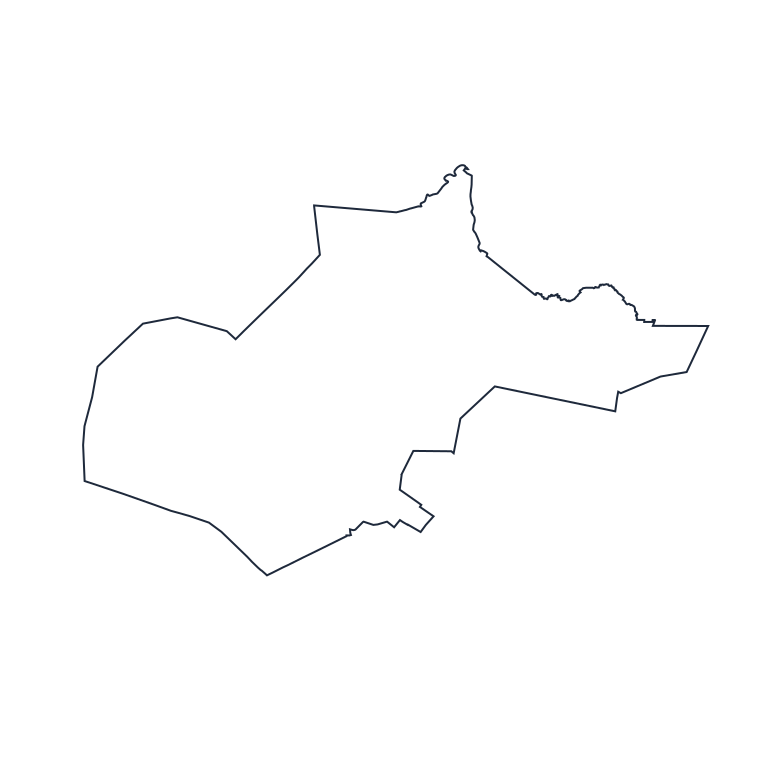 outline of Hellendoorn, Overijssel, Netherlands, rotated 29°
{"feature_id": "6326949B74345201863020", "entity_name": "Hellendoorn", "entity_type": "district", "adm_level": 2, "iso_a3": "NLD", "parent_name": "Netherlands", "parent_adm1": "Overijssel", "projection": "mercator", "projection_center": [6.481, 52.39], "detail": "fine", "context": "isolated", "style": "outline", "palette": "slate", "viewbox_px": 768, "rotation_deg": 29, "n_neighbors": 0, "source": "geoboundaries", "source_scale": "gbopen_adm2", "svg_char_len": 6021}
<svg xmlns="http://www.w3.org/2000/svg" viewBox="0 0 768 768"><g transform="rotate(29 384 384)"><path d="M169.2,614.0L208.6,606.6L241.7,601.0L259.2,598.2L267.4,596.2L278.2,593.7L298.1,590.1L313.4,592.1L348.4,601.5L354.6,603.5L362.8,605.7L366.4,606.5L367.4,606.5L372.0,607.5L374.4,608.1L378.0,603.0L384.6,593.3L387.6,589.2L397.0,575.5L408.4,559.2L425.0,535.2L424.6,534.6L426.3,533.7L427.1,533.3L428.3,532.1L427.2,531.1L426.3,530.0L425.7,529.1L424.7,527.6L427.2,527.0L428.0,526.7L428.8,526.1L429.6,525.2L432.5,514.9L432.9,514.3L443.0,512.4L446.5,509.9L453.2,503.1L453.5,502.9L462.3,504.4L463.9,495.3L467.5,495.6L473.1,495.7L473.1,495.4L487.8,495.7L488.9,487.0L491.5,475.7L475.0,474.1L475.2,471.6L453.9,469.3L449.0,468.8L443.4,454.7L443.2,454.7L442.1,428.3L475.5,410.2L478.5,410.8L467.6,377.2L482.1,332.4L599.5,295.8L594.6,283.2L592.6,277.2L595.6,277.2L622.0,243.7L622.5,243.2L642.9,226.8L641.4,203.6L639.4,176.1L591.0,202.8L590.1,196.8L589.9,196.7L587.9,197.8L588.0,198.1L588.3,198.5L588.8,199.5L581.5,203.6L581.1,202.8L580.6,201.8L574.8,205.0L574.6,204.8L573.9,205.2L573.5,204.7L573.3,204.1L573.0,203.4L572.7,202.9L571.2,202.1L571.1,201.9L571.0,201.5L571.0,201.0L571.1,200.8L571.8,200.8L571.8,200.7L571.9,200.3L571.7,200.0L570.7,199.5L569.9,198.9L569.4,198.6L568.7,198.8L568.1,198.4L567.6,197.6L567.1,196.6L566.6,196.0L565.6,195.2L565.0,194.9L562.2,194.8L561.3,195.4L561.0,195.4L560.4,195.0L559.8,194.9L559.1,195.3L558.5,196.0L558.2,196.3L557.7,196.5L557.2,196.5L554.5,195.0L553.2,194.7L552.8,194.6L552.3,194.1L552.1,194.2L552.1,193.1L552.0,192.4L551.3,192.0L550.5,192.0L549.4,191.6L548.7,191.4L548.3,191.4L547.2,191.2L546.0,191.3L545.4,191.1L544.2,190.9L543.8,190.7L543.7,190.6L543.4,190.0L543.2,189.9L542.7,190.0L541.9,189.7L541.6,189.5L541.3,189.4L541.1,189.4L540.9,189.5L540.6,190.0L540.0,189.8L539.2,188.9L538.3,189.0L538.1,188.4L537.9,188.2L537.7,188.3L537.5,188.5L536.8,188.3L536.5,188.5L536.3,188.5L535.7,188.0L535.1,187.6L534.8,187.8L534.1,188.6L533.7,188.9L533.4,189.0L532.6,188.9L532.1,188.3L531.8,188.2L531.1,188.6L530.2,188.8L529.9,189.0L529.4,189.7L528.6,190.3L528.3,190.8L527.9,190.7L527.0,191.0L526.7,191.4L526.1,191.7L526.0,191.8L525.9,192.5L525.0,192.4L524.8,193.0L525.0,193.9L525.0,194.5L524.9,195.0L525.0,195.5L524.6,195.7L524.2,196.0L523.6,196.4L522.7,196.6L522.3,196.5L521.8,196.7L521.7,196.8L521.7,197.5L521.6,198.0L520.9,198.6L520.5,198.5L519.9,198.6L519.3,198.9L518.6,199.3L514.0,201.9L511.6,203.7L511.3,204.9L510.9,205.7L510.1,207.1L509.9,207.7L509.9,207.8L510.1,208.0L511.5,208.6L511.2,209.1L510.7,210.8L510.7,211.1L510.5,211.9L510.5,212.3L510.6,213.0L510.0,214.2L509.7,215.8L509.4,216.6L509.4,217.4L508.8,218.0L508.1,219.1L506.7,221.0L506.4,221.6L505.7,221.7L505.2,221.4L505.0,221.5L505.1,222.2L504.8,222.3L504.6,222.2L503.5,222.7L503.1,222.7L502.8,222.6L502.6,222.2L501.1,222.2L500.5,222.5L500.0,222.9L498.8,224.4L498.3,224.8L498.0,224.9L497.5,224.5L496.4,223.1L496.2,223.1L495.4,223.3L494.3,224.0L494.1,224.0L494.0,223.2L494.4,222.4L494.4,222.1L493.8,222.2L493.5,222.6L493.2,222.8L492.3,222.8L492.2,222.7L492.1,222.3L492.3,221.7L492.1,221.4L491.7,221.8L491.1,222.8L490.8,223.1L490.7,223.3L490.5,223.9L490.3,224.2L490.0,224.4L489.6,224.4L489.1,224.7L488.9,225.1L488.7,225.2L488.4,224.9L487.9,224.7L487.5,224.7L487.2,224.8L486.9,225.2L486.9,225.4L487.2,226.0L487.3,226.2L487.2,226.4L487.1,226.7L486.0,227.0L485.7,227.1L485.6,227.3L485.7,227.6L485.8,227.7L485.5,229.6L485.8,230.3L485.8,230.6L485.7,230.7L485.6,230.8L484.3,230.7L484.0,230.8L483.1,231.6L482.6,231.9L482.1,231.6L481.5,230.6L481.4,230.6L481.0,230.8L480.5,230.8L480.0,231.0L479.3,230.5L478.7,230.3L478.6,230.2L478.4,229.2L477.9,229.1L477.0,230.0L474.7,229.8L474.1,230.0L473.2,230.7L473.2,230.8L473.2,231.4L473.7,231.9L473.8,232.0L473.6,232.5L473.1,232.7L472.2,232.7L413.2,222.6L411.8,222.6L411.2,220.0L411.0,219.8L410.2,219.6L407.9,219.5L406.3,219.6L404.2,220.0L404.2,221.1L403.1,220.9L402.6,220.5L401.9,220.1L401.0,219.5L400.5,219.0L400.1,218.5L399.9,218.0L399.7,217.0L399.7,215.3L399.5,214.7L399.2,214.2L394.4,210.3L391.3,208.0L390.0,207.3L389.2,207.1L388.5,206.7L387.3,206.0L387.1,205.8L385.2,201.2L384.7,198.7L384.3,197.6L383.9,196.6L382.3,194.4L380.6,193.3L379.8,193.1L378.1,191.8L377.7,191.8L377.4,191.6L377.2,191.3L377.7,191.3L377.2,190.8L376.8,189.3L376.7,188.1L376.3,187.2L376.0,186.6L374.9,185.5L374.5,185.1L373.7,184.6L371.1,181.4L368.7,178.1L367.6,176.0L366.7,173.7L366.0,172.2L365.7,171.3L365.3,170.3L364.9,169.2L364.5,168.4L364.1,167.4L359.9,159.4L359.7,159.2L359.3,159.2L354.4,159.5L352.8,159.0L351.6,158.8L350.2,158.5L350.4,157.4L350.4,156.8L350.5,156.5L350.5,156.0L350.6,155.8L351.2,155.7L351.6,155.8L351.9,155.5L352.7,155.7L353.2,155.4L351.6,154.7L349.7,154.5L349.1,154.0L348.0,154.0L347.1,154.3L346.0,154.9L345.1,155.7L344.5,156.5L343.5,158.4L343.1,159.4L342.9,160.2L342.7,161.4L342.5,162.2L342.5,163.4L342.6,164.0L342.7,164.3L343.5,165.2L345.5,166.4L345.5,167.0L345.2,167.5L344.2,168.2L343.3,168.3L341.4,168.4L340.6,168.5L340.2,168.7L339.3,169.3L339.0,169.7L338.4,170.3L338.2,170.7L337.7,171.3L336.9,173.6L336.9,174.2L337.0,174.7L337.2,175.1L337.7,175.5L339.1,176.0L339.1,175.9L341.5,175.8L341.9,175.9L342.0,176.1L342.1,176.4L342.0,176.8L341.9,177.2L340.7,179.6L340.2,180.9L339.5,183.4L339.4,184.3L339.4,185.0L338.4,191.3L337.8,192.1L334.8,194.6L334.3,195.4L332.8,197.2L332.4,197.5L330.6,197.1L330.4,197.1L330.1,197.3L330.0,197.5L330.0,198.4L330.5,200.2L330.5,200.8L330.8,202.0L331.0,203.1L331.1,204.1L331.0,204.6L330.8,205.1L328.8,208.0L328.7,208.2L328.7,208.4L328.9,208.9L329.2,209.4L330.0,210.0L330.5,210.5L330.2,210.9L329.1,211.4L328.4,211.7L328.1,212.0L327.9,212.0L322.5,217.3L321.8,217.9L319.0,221.0L317.7,222.1L314.9,224.8L314.0,225.5L313.7,225.9L311.5,227.9L236.3,261.7L236.7,262.4L253.2,285.5L265.3,302.1L262.6,313.3L260.6,320.4L259.9,323.4L257.8,332.1L256.8,335.7L252.8,349.4L248.4,363.9L241.9,385.1L235.8,405.4L232.5,416.8L220.9,414.0L171.0,425.8L165.5,430.1L143.9,448.1L136.1,472.1L125.1,507.7L135.1,537.0L142.5,566.1L150.4,583.2L169.2,614.0Z" fill="none" stroke="#1e293b" stroke-width="2"/></g></svg>